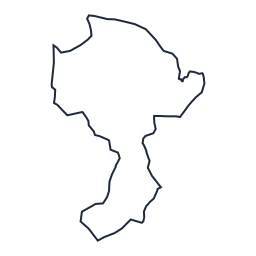 Ila, Osun, Nigeria (Robinson projection)
{"feature_id": "59680162B66079212084305", "entity_name": "Ila", "entity_type": "district", "adm_level": 2, "iso_a3": "NGA", "parent_name": "Nigeria", "parent_adm1": "Osun", "projection": "robinson", "projection_center": [4.917, 7.969], "detail": "fine", "context": "isolated", "style": "outline", "palette": "slate", "viewbox_px": 256, "rotation_deg": 0, "n_neighbors": 0, "source": "geoboundaries", "source_scale": "gbopen_adm2", "svg_char_len": 1616}
<svg xmlns="http://www.w3.org/2000/svg" viewBox="0 0 256 256"><path d="M202.1,73.2L199.1,73.9L196.2,72.6L193.5,71.9L189.9,71.4L188.6,73.3L187.6,76.2L186.7,77.3L185.0,77.1L183.3,78.8L182.7,81.2L181.9,81.2L180.8,79.1L179.2,79.2L178.8,78.6L180.0,71.2L179.7,70.3L178.3,67.0L178.2,66.8L177.0,58.7L174.0,55.4L172.5,53.8L172.3,53.6L163.6,50.9L160.1,46.2L155.6,39.7L145.8,29.2L135.0,24.2L130.3,23.0L129.4,22.8L121.2,20.8L114.8,19.4L107.3,19.1L94.5,16.0L88.9,15.4L87.1,18.7L89.4,23.8L90.9,29.9L91.5,35.7L87.7,39.7L86.0,41.0L80.5,45.1L70.1,50.9L61.1,52.6L56.7,47.5L53.5,45.3L53.9,62.5L51.6,84.6L52.0,87.2L55.2,89.7L54.8,97.5L54.0,103.0L57.3,104.8L67.3,115.3L81.8,112.1L82.6,112.1L86.5,117.7L88.4,121.1L88.8,125.4L93.7,131.3L95.0,135.0L99.2,136.0L108.7,140.1L109.2,141.1L110.6,149.7L117.9,152.6L118.9,155.2L119.7,158.3L118.0,161.6L115.6,165.9L115.7,166.9L112.0,174.3L109.5,181.5L109.0,191.1L107.0,197.3L103.0,203.4L95.7,203.9L81.9,211.7L80.6,221.5L88.6,228.6L97.8,240.6L104.4,237.0L114.5,233.1L121.8,228.5L130.8,219.5L141.8,222.8L143.3,221.3L144.2,217.3L143.9,211.6L146.1,206.3L150.2,201.7L153.8,198.5L157.1,191.0L157.6,189.0L160.9,187.3L152.0,175.9L147.8,167.7L149.6,161.0L146.7,153.1L146.2,150.4L143.6,144.6L142.6,143.2L143.3,138.5L145.5,136.0L153.4,133.2L155.7,129.0L154.4,123.1L154.1,118.5L154.2,115.9L157.0,116.0L160.8,116.0L163.5,116.2L167.5,116.3L168.9,116.3L171.6,116.3L173.8,116.3L175.6,116.3L180.1,117.0L180.7,116.1L185.7,109.4L187.7,106.6L191.2,102.3L194.4,98.9L195.8,97.3L196.5,96.7L201.8,92.3L204.4,83.4L203.9,78.8L203.7,77.0L203.3,75.4L202.8,73.8L202.1,73.2Z" fill="none" stroke="#1e293b" stroke-width="2"/></svg>